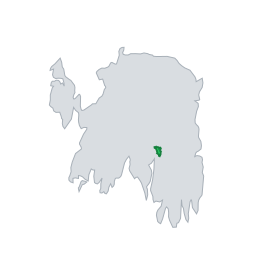 location of Limerick City East Lea-7, Limerick, Ireland, rotated 288°
{"feature_id": "5873133B74444247037328", "entity_name": "Limerick City East Lea-7", "entity_type": "district", "adm_level": 2, "iso_a3": "IRL", "parent_name": "Ireland", "parent_adm1": "Limerick", "projection": "natural_earth1", "projection_center": [-8.537, 52.67], "detail": "fine", "context": "in_parent", "style": "filled", "palette": "green", "viewbox_px": 256, "rotation_deg": 288, "n_neighbors": 0, "source": "geoboundaries", "source_scale": "gbopen_adm2", "svg_char_len": 5396}
<svg xmlns="http://www.w3.org/2000/svg" viewBox="0 0 256 256"><g transform="rotate(288 128 128)"><path d="M164.1,48.7L158.4,51.7L157.5,52.9L155.9,57.5L155.7,58.8L152.1,63.9L150.1,65.0L147.0,65.8L145.3,66.6L143.1,66.2L140.3,66.3L138.9,67.2L139.0,67.9L139.8,68.7L145.0,71.1L144.7,72.0L143.2,73.2L134.1,75.9L131.3,77.6L130.4,78.7L131.4,80.5L138.7,86.1L140.0,86.7L141.1,89.9L147.5,91.3L150.2,93.3L152.5,93.8L157.4,93.6L159.4,94.4L160.6,93.8L161.2,92.7L166.7,88.8L165.0,85.8L170.6,80.8L172.1,80.9L174.7,82.4L176.9,84.6L177.6,87.4L179.7,90.0L181.0,90.8L184.6,91.4L185.4,92.4L184.8,96.1L185.4,97.3L194.5,97.2L198.1,95.6L201.2,95.9L202.8,97.5L203.5,99.3L200.8,99.9L198.0,99.6L196.6,100.7L196.6,102.8L197.5,105.6L199.5,107.6L201.0,112.1L202.3,117.0L204.3,120.0L204.8,123.8L204.5,125.6L204.9,128.9L204.1,130.0L204.8,133.1L208.2,143.1L208.9,150.9L207.4,153.8L205.2,156.6L203.8,159.8L202.7,163.4L202.1,169.1L197.4,175.8L195.4,177.5L193.1,178.5L198.3,183.2L194.1,185.3L189.5,186.0L184.5,184.8L181.3,185.0L177.3,187.4L176.4,187.0L174.5,183.1L173.1,187.1L170.2,188.3L165.2,188.1L156.8,189.1L153.6,190.3L152.3,192.1L151.3,194.1L150.0,195.3L148.5,196.0L142.1,197.5L140.8,198.1L137.8,201.4L133.9,203.3L130.6,203.9L127.7,202.0L126.6,200.8L125.2,200.2L120.8,200.3L122.2,200.9L123.1,202.3L123.5,204.9L123.0,207.4L120.8,208.7L118.2,209.0L114.1,211.6L108.6,212.4L105.7,214.8L87.6,219.0L86.6,219.0L84.1,218.0L81.4,217.5L78.7,217.8L71.2,220.1L67.5,219.7L72.2,213.9L78.5,211.0L79.2,210.2L77.1,209.8L65.2,211.8L61.0,213.6L56.9,214.1L58.8,211.4L64.2,207.8L68.8,205.5L70.8,203.4L76.4,201.0L58.3,205.9L53.6,205.3L52.5,203.9L48.7,204.6L47.4,201.3L52.9,196.2L56.1,194.0L59.9,192.9L63.6,191.2L64.9,189.1L63.2,188.5L52.3,189.0L47.1,188.6L47.4,186.9L48.3,185.1L53.8,182.0L56.7,181.5L59.3,181.8L63.9,183.7L70.1,183.1L67.5,181.1L67.1,177.1L65.2,175.7L67.7,173.9L70.6,172.8L75.4,168.9L77.1,168.3L86.5,167.4L96.8,165.4L106.9,162.6L101.7,161.1L99.2,159.0L95.2,163.2L92.3,164.7L84.2,165.6L81.6,165.1L78.0,163.8L76.9,164.3L75.9,165.3L70.5,167.4L64.8,167.8L71.4,164.1L79.8,157.8L81.6,155.8L84.3,152.3L83.5,150.8L81.8,149.9L87.8,142.8L90.0,141.5L93.8,141.3L96.6,140.1L97.9,140.1L99.0,139.7L101.5,137.6L97.7,136.2L93.7,135.5L81.5,136.3L79.9,136.1L78.4,135.4L77.4,134.5L76.7,132.1L75.8,131.5L73.0,131.5L70.3,132.3L68.4,132.2L66.6,131.2L69.6,128.7L65.7,128.1L61.9,128.6L58.7,127.8L58.6,126.3L60.0,124.7L58.1,123.3L57.8,121.4L59.8,120.5L62.0,120.8L66.6,119.4L72.4,118.8L67.4,117.4L65.4,116.2L65.3,114.5L65.8,113.0L71.5,110.4L77.7,109.3L77.2,107.6L77.7,105.7L71.5,105.2L65.3,106.5L66.0,103.0L67.5,99.9L67.8,97.8L67.5,95.6L64.7,96.5L64.3,93.4L63.1,91.2L58.9,92.7L59.0,89.9L60.2,87.9L62.5,87.1L64.7,87.4L68.8,87.4L72.7,85.9L78.4,85.5L87.5,86.0L93.7,90.2L95.3,89.4L97.8,86.8L98.9,86.5L108.3,87.6L114.1,89.2L115.7,88.7L114.9,85.8L112.9,83.7L115.4,81.0L118.4,79.2L120.5,78.3L125.2,77.2L127.3,76.2L128.6,72.7L130.8,69.9L119.0,71.4L107.7,68.0L109.5,65.6L111.9,64.2L116.0,63.2L116.4,62.0L118.4,60.9L121.9,58.2L120.6,54.6L121.3,52.1L123.7,50.4L124.5,47.9L125.6,46.1L130.6,45.5L135.4,43.9L142.8,43.6L144.7,44.3L144.3,41.4L147.7,41.0L149.1,41.6L149.7,43.6L151.3,45.0L151.8,47.3L150.7,49.1L149.0,50.4L150.6,51.8L148.1,54.4L150.8,53.3L154.7,50.8L154.5,48.8L153.8,46.2L152.7,43.9L153.2,41.4L155.3,39.8L161.0,39.0L158.7,36.1L160.8,35.9L163.0,36.5L166.4,38.7L173.5,41.9L170.0,44.6L165.8,46.6L164.1,48.7ZM64.1,104.2L63.9,105.5L61.2,103.8L59.9,102.0L52.4,101.1L55.6,99.3L57.1,99.8L62.4,99.9L63.8,100.7L64.1,104.2Z" fill="#d9dde1" stroke="#a8b0b8" stroke-width="1"/><path d="M112.8,163.4L112.7,163.6L112.8,163.7L112.8,163.8L112.7,163.9L112.6,164.0L112.5,164.3L112.4,164.4L112.4,164.5L112.6,164.8L112.5,165.0L112.4,165.1L112.4,165.3L112.3,165.5L112.2,165.5L111.8,165.6L111.7,165.6L111.3,165.7L111.0,165.8L110.9,166.0L110.8,166.3L110.9,166.6L111.0,166.5L111.1,166.4L111.3,166.4L111.4,166.5L111.1,166.9L111.4,166.9L111.6,167.1L111.8,167.2L112.1,167.2L112.3,167.2L112.5,167.1L112.6,166.9L113.0,166.7L113.1,166.8L113.1,166.7L113.2,166.8L113.3,166.8L113.7,166.9L113.9,166.9L114.7,166.8L114.8,166.8L114.8,166.7L115.1,166.7L115.5,166.5L115.8,166.6L115.8,166.4L115.8,166.2L115.8,165.8L116.0,165.7L116.2,165.8L116.2,165.7L116.3,165.7L116.5,165.4L116.7,165.2L117.1,165.3L117.5,165.4L117.8,165.5L118.0,165.7L118.3,165.7L118.2,165.4L118.3,165.3L118.5,165.3L119.0,165.4L119.2,165.2L119.3,165.0L119.5,164.9L119.5,164.7L119.4,164.7L119.1,164.7L118.8,164.7L118.6,164.8L118.5,164.7L118.3,164.7L118.3,164.4L118.3,164.2L118.2,164.1L118.3,164.1L118.9,164.3L119.0,164.3L119.0,164.2L118.9,164.0L118.8,163.9L118.9,163.7L118.7,163.6L118.7,163.4L118.6,163.2L118.6,162.9L118.7,162.7L118.8,162.6L119.0,162.6L119.1,162.4L119.3,162.3L119.2,162.1L119.0,161.8L119.0,161.7L118.9,161.7L118.8,161.8L118.7,161.8L118.7,161.6L118.8,161.5L118.8,161.4L118.7,161.5L118.6,161.3L118.5,161.2L118.6,160.8L118.5,160.1L118.4,160.0L118.5,160.0L118.4,159.9L118.5,159.8L118.3,159.4L118.3,159.2L118.2,159.0L118.1,158.9L118.0,159.0L117.9,159.1L117.7,159.1L117.4,159.2L117.2,159.3L117.1,159.7L117.1,160.0L117.3,160.2L117.2,160.4L117.1,160.5L117.3,160.7L117.3,160.8L117.2,160.9L117.2,161.1L116.9,161.4L116.7,161.5L116.4,161.4L116.2,161.5L115.8,161.8L115.9,162.0L115.8,162.3L115.7,162.5L115.4,162.7L115.2,162.7L115.0,162.8L114.9,162.8L114.6,162.7L114.3,162.7L114.2,162.8L114.2,163.0L114.1,163.4L113.8,163.4L113.6,163.4L113.6,163.6L112.9,163.5L112.8,163.4Z" fill="#22c55e" stroke="#15803d" stroke-width="1.5"/></g></svg>